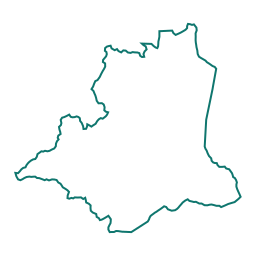 Santa Leopoldina, Espírito Santo, Brazil
{"feature_id": "56859067B80837688961366", "entity_name": "Santa Leopoldina", "entity_type": "district", "adm_level": 2, "iso_a3": "BRA", "parent_name": "Brazil", "parent_adm1": "Espírito Santo", "projection": "orthographic", "projection_center": [-40.564, -20.108], "detail": "fine", "context": "isolated", "style": "outline", "palette": "teal", "viewbox_px": 256, "rotation_deg": 0, "n_neighbors": 0, "source": "geoboundaries", "source_scale": "gbopen_adm2", "svg_char_len": 3598}
<svg xmlns="http://www.w3.org/2000/svg" viewBox="0 0 256 256"><path d="M240.6,196.8L239.4,194.0L238.2,191.4L237.2,189.1L236.4,186.7L236.4,184.4L236.9,182.4L236.0,179.9L234.8,178.0L233.2,177.1L232.6,174.9L232.0,173.2L231.0,171.8L229.2,169.3L226.2,168.5L224.7,166.6L222.0,166.9L219.3,166.9L217.5,165.0L216.8,163.1L214.7,163.0L213.1,162.4L211.6,160.7L211.2,158.3L209.0,156.0L207.7,153.4L206.6,150.5L205.5,148.8L204.7,146.5L206.2,119.7L212.6,88.8L212.9,87.0L216.2,68.8L214.7,66.9L212.5,66.0L210.6,64.6L208.7,63.3L206.9,62.2L205.5,60.6L203.3,59.3L201.2,58.1L199.0,56.7L197.7,54.0L197.3,50.4L196.5,47.2L196.2,44.9L195.8,42.5L195.6,40.1L195.7,36.6L195.6,33.3L196.7,30.3L196.4,27.6L193.9,24.4L192.0,24.9L190.1,24.2L188.0,23.9L187.1,26.2L187.1,28.1L185.5,29.8L183.0,31.3L180.7,32.6L178.6,33.6L175.6,34.9L173.4,33.1L172.2,30.6L159.4,31.2L159.4,34.2L159.4,36.8L158.9,39.3L158.4,41.5L158.3,43.8L158.1,46.3L157.3,48.1L155.6,47.5L153.6,46.0L151.5,43.9L141.9,43.6L143.6,45.2L145.7,46.4L146.6,49.4L144.6,51.4L143.5,54.0L144.2,56.8L142.0,57.0L140.2,55.8L139.3,53.1L137.4,52.5L134.9,52.4L132.6,52.1L130.6,52.9L127.9,52.5L125.7,50.6L123.3,50.4L121.2,52.4L118.5,51.1L117.0,49.1L114.7,50.2L111.6,48.4L110.6,45.7L108.6,46.1L106.9,46.6L105.1,48.1L104.9,50.8L106.4,52.0L106.8,54.1L106.1,56.3L104.6,58.1L103.1,59.9L102.9,62.0L105.1,63.4L105.2,66.6L104.1,68.8L102.7,71.1L101.2,73.9L99.8,76.9L97.5,80.1L95.3,81.1L94.1,83.8L93.1,86.6L91.5,89.1L93.5,91.0L94.5,93.6L95.3,95.3L96.1,97.9L96.7,100.7L98.5,103.3L101.9,103.2L103.7,104.5L104.6,107.2L104.3,110.3L105.9,111.7L108.1,112.3L107.1,114.6L105.9,116.2L104.5,117.3L102.7,118.7L100.8,118.1L98.8,119.3L97.2,121.1L95.6,123.8L93.2,125.3L91.4,126.6L89.1,125.2L87.3,124.3L87.1,126.4L86.1,128.8L83.5,129.0L83.1,126.2L81.7,122.9L80.1,120.9L79.8,118.2L78.4,117.0L76.6,116.4L74.7,117.1L72.4,117.3L70.7,116.8L69.2,114.6L66.6,116.0L64.2,117.1L62.1,117.7L60.7,119.9L61.4,123.1L60.9,125.1L59.0,126.9L59.5,129.7L60.2,131.8L60.6,134.0L58.3,135.6L57.7,137.8L58.6,139.4L57.0,141.2L56.0,143.6L55.8,146.3L54.2,148.5L51.7,149.6L49.6,150.8L47.5,151.3L45.0,150.8L43.2,151.6L41.4,151.3L39.5,152.7L37.5,154.1L36.8,156.8L35.3,159.0L33.1,159.4L31.1,160.5L29.3,161.9L27.9,163.3L26.4,165.3L25.5,167.3L23.2,167.9L21.4,169.3L19.9,171.2L18.0,173.2L15.4,172.9L16.4,176.4L18.1,179.4L20.4,180.2L22.5,179.2L24.4,178.0L26.6,177.0L29.3,176.6L31.3,176.9L33.4,176.7L35.3,176.7L37.0,178.0L39.2,178.1L42.2,179.2L44.7,180.2L46.5,179.3L49.0,180.4L52.0,179.4L54.3,179.5L56.6,180.0L58.3,182.5L60.5,183.7L61.6,185.3L62.8,187.3L65.5,188.9L67.5,190.3L69.0,191.9L67.7,195.4L67.5,198.1L69.2,198.7L71.5,197.9L73.2,198.4L74.7,197.4L76.6,197.5L78.6,197.5L81.0,197.4L83.2,199.0L85.2,197.8L85.8,200.1L86.2,202.5L88.8,203.7L90.6,205.4L90.5,208.1L90.8,210.7L92.7,212.5L94.3,213.2L96.2,214.0L96.7,216.9L98.9,218.2L99.9,220.1L101.6,219.7L103.4,218.8L105.8,217.4L108.4,215.8L110.8,219.2L110.7,221.4L110.5,223.2L109.6,224.8L108.4,227.3L108.4,229.6L109.7,232.1L111.6,232.0L114.0,232.0L116.1,231.0L118.2,231.1L122.1,231.7L124.8,231.8L131.3,232.1L147.8,221.5L149.0,219.4L149.6,217.6L150.6,215.9L152.0,214.8L153.4,213.8L154.8,212.7L156.4,211.8L158.2,210.5L160.5,209.0L162.7,207.4L164.1,206.3L166.2,207.0L167.9,209.3L171.7,210.7L175.1,210.2L177.1,208.9L178.5,207.5L179.6,206.1L181.2,204.3L182.7,202.5L185.3,200.5L187.7,199.3L189.4,200.9L192.0,201.5L193.9,202.0L195.9,201.8L197.5,202.6L199.2,203.5L201.6,203.5L204.5,205.2L207.4,205.3L209.7,204.7L211.5,204.5L214.0,205.1L216.4,205.8L219.4,205.8L221.1,207.1L223.3,206.2L225.6,205.2L228.2,204.0L231.8,202.9L234.6,202.1L238.5,198.9L240.6,196.8Z" fill="none" stroke="#0f766e" stroke-width="2"/></svg>